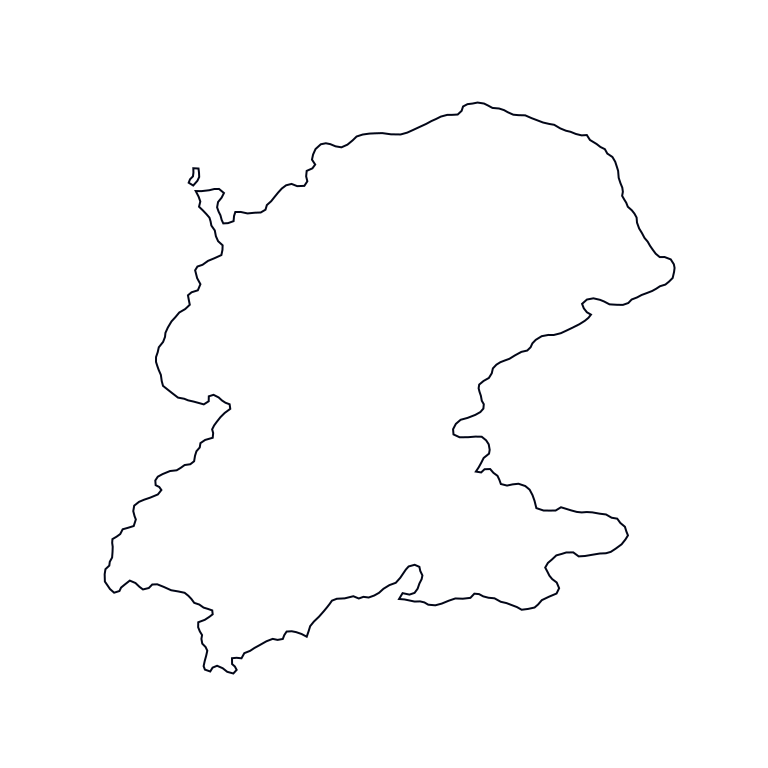 Ferros, Minas Gerais, Brazil (Equal Earth projection), rotated 262°
{"feature_id": "56859067B7555169296661", "entity_name": "Ferros", "entity_type": "district", "adm_level": 2, "iso_a3": "BRA", "parent_name": "Brazil", "parent_adm1": "Minas Gerais", "projection": "equal_earth", "projection_center": [-42.959, -19.247], "detail": "fine", "context": "isolated", "style": "outline", "palette": "ink", "viewbox_px": 768, "rotation_deg": 262, "n_neighbors": 0, "source": "geoboundaries", "source_scale": "gbopen_adm2", "svg_char_len": 6054}
<svg xmlns="http://www.w3.org/2000/svg" viewBox="0 0 768 768"><g transform="rotate(262 384 384)"><path d="M577.0,641.8L581.1,637.2L585.8,635.4L588.6,631.3L592.1,627.9L597.0,621.9L602.3,619.5L602.7,614.3L604.9,608.8L607.8,603.8L609.5,599.4L612.6,594.1L617.0,588.6L618.5,583.9L620.8,577.9L624.4,571.4L626.7,567.2L630.4,561.2L631.5,554.6L632.7,549.5L635.9,544.4L638.5,541.0L640.8,536.3L642.3,529.8L645.2,525.9L647.8,522.1L649.7,515.8L649.4,510.7L649.5,505.6L647.8,500.9L643.7,498.9L640.6,494.5L641.0,489.4L641.7,484.1L640.9,477.5L639.2,472.5L637.8,467.6L635.7,462.0L633.9,456.0L631.5,448.1L629.7,442.0L628.8,435.2L630.3,425.6L632.7,417.2L633.5,409.9L634.0,404.4L634.0,397.6L632.9,391.3L629.6,386.8L626.1,381.1L624.3,374.8L626.1,369.1L629.0,364.2L630.5,359.9L630.2,354.8L626.2,348.9L621.1,345.7L616.2,343.9L610.9,346.4L607.5,343.1L605.8,337.1L600.5,335.8L595.4,336.3L591.3,332.7L592.0,325.6L595.0,320.3L594.4,314.7L591.8,310.0L588.3,305.8L584.6,301.8L580.7,297.7L577.5,292.9L573.1,290.9L571.0,285.8L571.6,279.9L571.9,272.6L574.3,266.1L575.0,260.7L571.3,258.9L566.2,257.7L565.0,251.9L565.4,247.2L569.0,246.1L573.9,245.5L577.7,244.2L582.2,243.3L587.3,245.0L591.1,249.1L595.4,252.1L600.1,247.8L600.7,243.0L600.2,237.9L600.4,229.8L601.3,224.4L595.3,226.5L590.3,227.5L585.3,225.5L581.1,228.8L576.9,231.8L573.0,234.3L569.1,234.9L564.9,235.1L559.6,237.8L553.7,238.1L548.5,239.6L543.8,243.5L539.3,242.7L534.3,240.9L532.1,233.4L530.4,226.8L527.3,220.9L526.3,215.6L522.9,212.8L514.8,213.7L508.4,216.1L502.7,212.7L501.6,206.2L499.1,202.2L494.6,202.4L489.5,202.7L485.9,197.6L483.3,191.2L479.2,186.7L475.6,182.3L470.0,177.8L465.1,174.7L461.1,173.7L456.4,171.1L451.7,166.1L446.9,164.3L442.4,162.0L437.6,161.3L433.5,162.0L429.5,162.8L424.1,164.3L417.8,164.3L412.9,164.9L408.9,168.7L404.5,172.9L399.2,178.1L397.2,184.1L395.1,187.7L393.1,193.0L390.7,198.6L388.9,202.7L391.3,208.0L396.2,208.8L397.0,213.7L393.7,218.4L390.2,221.3L387.5,224.4L385.4,228.3L380.8,228.3L377.5,222.2L373.9,217.4L369.7,213.0L366.6,210.0L363.0,207.5L359.2,208.0L354.6,206.9L353.5,199.1L351.0,194.0L346.8,192.7L343.5,188.9L339.3,186.9L333.9,185.2L331.5,181.0L331.5,175.3L329.3,171.1L327.4,166.7L327.6,160.0L325.6,152.2L323.7,147.1L320.3,144.1L315.6,143.8L313.3,147.1L310.0,148.8L306.1,144.7L304.0,136.6L302.8,130.3L301.4,125.0L298.3,119.7L293.0,118.0L287.8,118.6L284.4,119.4L278.2,116.4L277.2,110.3L276.5,105.0L272.1,101.9L270.0,97.9L268.2,93.5L264.5,92.7L260.6,92.7L255.5,91.8L250.0,90.6L246.1,87.7L242.4,86.7L239.4,82.4L234.5,80.9L227.2,80.1L223.0,82.2L219.1,84.1L214.9,87.7L215.8,93.2L219.0,95.3L221.5,99.4L224.7,104.9L221.5,110.2L217.2,113.6L214.1,116.7L214.7,122.7L217.7,126.6L217.2,131.6L213.7,137.7L209.4,144.5L207.2,151.4L205.0,157.5L201.5,160.8L198.0,163.3L193.7,165.6L191.3,170.4L187.7,174.2L185.8,178.3L183.7,182.4L179.8,182.3L177.6,178.4L175.4,173.7L173.9,166.9L169.0,166.1L164.6,167.2L160.7,168.9L157.0,167.7L152.2,167.9L148.4,170.7L144.5,171.9L139.7,170.1L134.6,167.9L129.7,166.1L126.1,166.9L123.5,171.9L127.0,174.8L128.2,179.5L125.0,184.7L120.8,188.7L118.3,194.5L121.4,198.3L125.0,197.0L127.8,194.6L133.6,195.3L133.4,199.9L132.2,204.7L136.9,208.2L138.4,214.3L140.6,218.9L142.6,224.2L145.6,231.8L147.1,238.3L145.4,243.0L145.6,248.3L149.2,250.3L152.4,253.1L152.0,258.2L150.5,262.5L147.9,267.6L144.5,272.3L149.6,274.9L154.5,277.2L158.5,281.5L162.6,287.2L167.5,292.9L170.8,296.5L173.7,299.5L176.7,302.3L177.9,307.4L177.2,315.2L178.1,324.1L175.1,329.2L176.1,334.0L174.7,339.1L175.9,344.9L177.9,350.0L181.3,355.0L184.1,361.4L185.5,368.0L189.8,373.1L194.0,376.9L197.2,379.8L199.9,383.0L200.7,389.2L198.0,393.6L193.8,393.9L189.1,395.4L185.5,394.1L181.5,391.3L176.6,388.8L172.9,385.2L171.9,379.9L174.3,373.3L169.0,369.0L167.8,374.3L165.9,379.6L164.3,384.0L163.7,389.5L162.1,393.6L159.3,397.1L157.7,404.0L158.5,410.6L160.4,418.0L161.7,424.8L160.4,432.2L160.2,439.8L163.8,444.3L162.7,448.9L159.9,452.7L157.8,457.7L156.4,463.6L152.1,469.3L150.0,474.8L147.4,479.5L144.6,484.6L141.3,488.9L141.2,495.3L141.7,502.0L144.2,505.9L148.0,510.2L150.4,517.8L152.5,525.7L157.4,529.0L163.4,527.4L167.4,523.4L171.2,521.1L174.8,519.9L179.8,518.1L184.0,521.4L186.7,525.7L190.3,530.8L191.0,536.3L191.8,541.0L190.9,548.0L186.2,552.8L185.7,559.1L185.9,565.9L186.1,574.1L185.5,580.2L186.2,585.2L188.7,590.5L192.2,597.0L196.5,601.5L200.1,604.5L204.2,603.5L209.1,602.7L213.5,598.7L218.2,596.2L219.9,590.8L223.9,585.7L225.6,579.4L227.9,572.4L229.0,566.9L229.3,561.9L230.5,557.1L232.9,551.5L235.4,546.2L237.3,542.1L234.8,536.3L235.7,529.7L236.5,524.4L239.9,517.6L247.4,516.8L253.3,515.6L259.1,513.5L263.3,509.7L266.5,503.3L266.7,497.5L266.3,491.7L268.7,485.8L273.1,484.9L277.3,483.6L280.8,480.0L285.0,477.3L285.6,471.7L282.9,467.9L284.5,462.8L288.2,466.1L292.3,469.2L296.9,472.4L300.4,478.3L304.1,479.5L309.7,479.3L314.0,477.3L318.2,473.4L319.2,467.1L319.6,460.1L320.7,451.5L324.4,445.8L329.6,446.1L334.5,449.6L337.9,454.9L338.8,462.0L340.7,470.1L342.8,475.5L345.8,479.0L350.1,480.0L353.8,478.5L358.8,478.3L363.0,477.5L366.6,477.1L370.2,478.2L373.2,483.1L375.4,488.7L379.6,492.2L384.3,494.0L387.5,498.0L389.4,502.3L390.5,507.0L391.5,511.7L394.1,517.6L396.7,524.5L397.2,530.5L400.0,534.3L403.6,536.6L406.6,540.4L409.4,546.8L409.7,553.5L408.9,558.9L409.7,566.2L411.5,572.1L413.4,578.1L416.0,585.8L418.6,591.6L421.1,595.7L423.9,598.6L426.8,594.9L431.1,592.4L435.8,591.3L439.4,596.7L439.7,603.3L437.3,609.6L435.1,613.4L431.5,618.4L430.0,625.8L429.1,631.6L430.2,637.2L433.2,641.0L434.5,646.6L436.3,651.5L437.5,657.0L438.8,662.5L440.5,666.9L442.4,670.9L443.3,676.5L445.6,680.3L448.8,684.6L454.5,686.8L458.5,687.9L462.2,687.7L467.5,685.3L470.7,679.5L471.3,674.7L475.2,671.2L479.6,668.8L483.8,666.7L488.3,664.9L492.4,662.3L497.4,660.5L502.5,658.3L508.6,657.0L513.7,657.3L517.9,655.7L521.5,653.6L525.6,650.1L529.8,649.1L533.2,647.6L537.2,646.0L541.1,647.3L545.3,647.3L550.0,646.1L555.5,645.1L562.5,645.5L566.2,644.9L571.9,643.9L577.0,641.8ZM624.2,225.2L619.8,224.7L616.2,223.7L613.7,220.4L610.5,218.6L607.1,222.7L611.2,227.5L614.7,229.8L618.8,230.2L623.2,230.3L624.2,225.2Z" fill="none" stroke="#020617" stroke-width="2"/></g></svg>